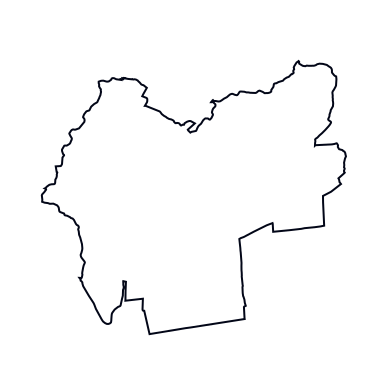 the district of Urlati, Prahova, Romania, rotated 9°
{"feature_id": "2599482B73103254807703", "entity_name": "Urlati", "entity_type": "district", "adm_level": 2, "iso_a3": "ROU", "parent_name": "Romania", "parent_adm1": "Prahova", "projection": "orthographic", "projection_center": [26.251, 44.997], "detail": "fine", "context": "isolated", "style": "outline", "palette": "ink", "viewbox_px": 384, "rotation_deg": 9, "n_neighbors": 0, "source": "geoboundaries", "source_scale": "gbopen_adm2", "svg_char_len": 5842}
<svg xmlns="http://www.w3.org/2000/svg" viewBox="0 0 384 384"><g transform="rotate(9 192 192)"><path d="M211.9,326.0L263.9,309.2L263.6,308.3L261.3,297.5L261.5,297.0L262.9,296.0L261.5,293.2L260.6,290.1L259.3,287.5L258.8,286.8L257.9,283.9L256.7,277.9L256.9,276.9L256.8,276.5L256.6,276.1L254.3,267.5L254.3,266.9L253.7,263.8L253.1,261.4L252.4,257.3L252.0,254.3L249.6,244.2L249.0,242.1L248.5,239.8L246.1,231.0L247.4,229.9L250.1,228.4L259.3,221.5L271.0,213.2L276.4,210.1L276.7,210.7L278.4,218.6L294.5,214.4L305.7,211.3L308.9,210.1L318.6,207.6L324.0,206.0L327.8,204.6L323.1,181.8L322.0,175.4L329.3,170.0L337.9,160.8L336.2,159.2L335.3,156.7L334.5,155.6L339.7,149.3L339.8,148.9L339.2,148.6L339.0,148.1L338.8,146.9L339.1,145.8L339.1,144.8L338.3,143.9L338.2,141.6L337.6,139.2L337.9,135.0L338.5,132.7L337.5,130.4L337.4,129.8L336.3,128.3L334.7,127.7L334.1,127.1L330.7,126.7L330.4,126.5L329.0,124.7L328.9,123.0L328.2,122.1L327.4,121.3L327.1,121.3L325.1,122.3L322.7,123.1L307.4,126.3L306.5,126.5L306.2,126.9L305.9,124.3L305.9,122.5L305.4,121.0L305.5,120.6L306.0,119.9L307.4,118.6L309.0,116.2L311.2,113.6L313.9,109.9L316.7,105.6L317.7,103.8L318.4,102.0L318.4,101.3L318.0,100.8L315.9,99.8L315.3,99.3L315.1,98.7L315.8,96.2L315.9,95.4L315.7,94.0L316.3,90.7L316.2,89.6L317.8,85.3L317.6,82.5L317.2,80.9L316.7,79.5L316.6,78.1L316.1,76.5L315.9,74.7L315.3,72.6L315.1,71.7L315.3,70.5L316.1,68.9L317.3,65.6L317.6,64.3L317.0,57.9L316.3,55.3L315.1,55.0L314.2,54.5L311.9,52.5L311.5,51.9L311.2,50.0L310.8,48.8L309.8,47.6L309.1,47.2L307.4,46.5L305.3,45.4L301.2,45.0L297.9,45.3L295.7,46.2L294.4,47.4L292.7,48.2L287.7,49.1L285.6,49.2L284.3,50.0L282.7,50.1L281.5,50.0L277.9,48.5L277.5,47.8L277.5,46.7L277.1,46.2L276.7,46.0L276.3,46.7L275.1,47.6L273.4,51.5L273.2,52.4L273.0,53.0L273.7,54.8L273.1,56.2L273.2,57.2L273.7,58.1L273.7,58.5L273.5,58.9L272.4,59.9L272.2,59.8L271.5,60.4L269.6,63.1L267.6,64.2L265.4,66.2L264.6,67.6L264.3,67.9L260.2,69.9L258.3,71.4L257.1,71.7L256.2,72.3L256.0,72.9L256.0,74.8L255.9,75.6L254.4,78.7L254.5,80.5L253.2,81.7L251.5,82.4L248.2,83.0L246.3,82.1L243.0,81.3L241.8,81.8L240.1,83.8L239.0,84.3L233.8,84.9L232.4,84.8L230.2,85.1L228.0,84.8L224.5,85.1L223.6,85.4L223.2,85.9L222.2,88.3L221.5,89.2L221.0,89.4L219.2,89.3L216.7,88.7L215.8,88.9L214.6,89.5L213.6,90.5L211.6,92.9L209.0,94.8L206.8,97.0L205.4,98.1L203.9,98.5L201.1,98.4L199.9,98.6L199.5,98.8L198.3,97.9L198.1,98.1L197.8,98.5L197.7,98.9L197.0,99.8L196.8,100.3L198.0,100.1L199.2,99.6L199.4,99.6L199.7,100.6L201.3,101.7L201.6,102.4L201.6,103.8L199.9,106.2L199.5,107.4L199.2,109.9L199.3,110.5L200.5,112.0L200.6,112.7L199.7,115.7L198.6,117.5L198.3,117.7L197.8,117.7L196.2,116.9L193.9,117.2L193.2,117.6L191.8,119.4L190.3,123.1L188.2,125.6L188.0,126.1L187.5,127.2L186.6,130.7L186.3,131.1L182.1,132.7L181.1,133.6L178.6,131.8L178.1,131.1L184.1,123.8L179.7,122.2L178.8,122.2L178.0,122.4L176.2,123.3L174.0,125.2L173.8,125.7L173.7,126.5L173.5,126.9L172.4,126.9L170.9,128.0L170.6,128.0L170.1,127.7L169.2,126.7L168.6,126.3L168.0,126.1L166.4,126.1L165.5,126.5L164.8,126.6L163.4,125.6L163.1,124.9L162.4,124.3L160.4,123.6L157.8,123.4L155.6,122.6L154.5,121.9L152.5,121.2L150.0,119.8L148.2,118.0L147.5,117.5L133.0,114.2L132.0,114.3L133.5,110.4L133.6,109.2L133.3,107.2L132.7,106.4L132.3,106.2L127.9,105.2L128.5,103.2L131.1,96.2L127.4,94.1L126.2,94.0L125.1,93.7L123.3,92.1L121.6,91.0L121.0,90.4L119.0,89.7L118.3,89.7L117.4,89.7L116.3,90.1L115.3,89.8L115.0,90.1L111.3,90.3L108.2,90.3L108.2,89.9L106.8,90.0L106.8,90.4L106.0,90.4L106.6,91.0L106.5,91.4L104.1,91.6L104.6,92.4L99.6,92.5L97.2,91.8L95.9,91.9L94.9,92.5L94.7,93.4L94.4,94.0L92.5,95.8L91.3,96.2L90.2,96.3L86.9,95.9L84.8,96.4L82.6,97.6L82.8,99.0L83.5,100.3L83.7,102.2L84.6,103.5L85.9,104.8L86.0,106.0L86.5,107.3L86.5,107.7L86.4,109.2L86.4,110.6L85.8,112.7L85.6,113.9L84.9,116.1L84.5,117.8L84.0,118.5L81.6,120.4L79.3,123.2L79.0,123.7L77.9,127.3L77.6,127.6L75.7,128.5L75.0,129.0L73.4,131.9L73.0,133.3L72.7,135.0L72.8,135.3L74.1,136.5L74.4,137.0L74.7,138.0L74.7,139.6L70.8,146.3L70.5,146.8L67.2,148.6L66.3,148.8L64.7,148.8L63.6,149.5L63.0,150.3L61.7,153.2L61.7,153.6L63.1,155.6L64.8,157.6L65.0,158.2L64.9,159.5L64.6,160.3L64.1,162.6L63.5,163.7L61.4,165.5L60.8,165.8L59.2,166.0L58.6,166.3L57.1,170.1L57.0,170.6L57.1,171.3L57.4,172.2L58.7,174.6L59.0,174.9L59.7,175.3L59.9,175.8L58.7,178.2L59.2,184.2L59.2,184.9L58.7,186.3L58.3,186.9L53.4,188.0L55.2,193.4L55.7,193.5L55.9,193.7L55.7,195.9L56.0,197.2L55.9,198.8L55.7,199.6L55.1,201.1L55.4,204.4L55.2,205.3L54.4,205.9L52.2,206.3L50.0,207.2L47.9,209.3L46.7,211.0L46.0,211.5L47.3,211.9L47.5,212.2L47.5,212.5L46.2,215.1L44.4,217.8L44.2,218.8L45.4,223.1L45.5,225.1L48.2,225.6L51.5,225.5L53.4,225.9L56.9,225.2L60.9,226.3L62.2,227.5L62.7,228.1L63.0,228.8L63.7,231.1L64.1,231.9L64.4,232.2L65.3,232.5L69.1,233.3L69.6,234.5L70.2,234.9L72.5,235.0L75.6,236.0L76.4,236.6L78.3,236.9L79.8,238.1L82.3,241.6L83.3,242.5L84.7,243.0L85.4,243.7L85.6,244.1L85.8,245.0L85.4,246.5L85.5,246.9L86.3,248.6L87.2,251.9L88.7,254.4L91.5,260.7L92.5,264.7L92.6,266.3L92.3,269.3L91.9,271.2L91.9,271.7L92.3,272.8L93.0,274.0L96.8,277.6L97.2,278.3L97.1,279.2L96.5,281.4L96.3,283.8L96.2,288.4L96.3,289.8L96.7,290.8L96.6,293.3L96.4,294.1L96.0,294.6L95.7,294.7L94.9,294.3L94.2,294.4L95.7,295.9L95.7,296.5L96.0,297.1L96.6,297.3L97.8,298.4L98.1,299.6L99.3,302.1L106.4,310.7L112.1,317.0L113.0,318.3L115.4,322.5L122.9,332.2L124.3,333.7L124.7,334.0L126.7,335.1L128.5,335.6L130.1,335.4L130.7,335.1L131.6,334.5L132.2,333.8L132.4,333.4L132.4,331.6L132.2,329.8L131.9,326.2L131.9,324.9L132.2,323.7L134.0,320.2L136.9,317.1L138.4,316.2L139.0,315.7L139.2,315.2L139.6,308.5L139.9,305.3L139.2,299.5L139.5,298.2L139.5,296.5L138.7,294.5L138.3,292.0L138.1,291.6L138.1,290.8L140.8,291.0L141.9,300.5L143.1,308.6L143.2,309.8L160.2,305.1L161.5,315.7L161.7,316.3L162.4,316.9L163.4,316.8L172.3,339.0L206.9,327.5L211.9,326.0Z" fill="none" stroke="#020617" stroke-width="2"/></g></svg>